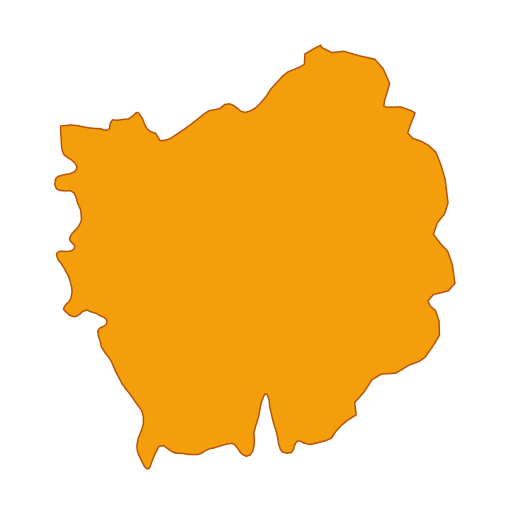 outline of Kastsyukovichy, Mogilev, Belarus, rotated 262°
{"feature_id": "67162791B14569635979911", "entity_name": "Kastsyukovichy", "entity_type": "district", "adm_level": 2, "iso_a3": "BLR", "parent_name": "Belarus", "parent_adm1": "Mogilev", "projection": "albers", "projection_center": [31.992, 53.27], "detail": "fine", "context": "isolated", "style": "filled", "palette": "amber", "viewbox_px": 512, "rotation_deg": 262, "n_neighbors": 0, "source": "geoboundaries", "source_scale": "gbopen_adm2", "svg_char_len": 3417}
<svg xmlns="http://www.w3.org/2000/svg" viewBox="0 0 512 512"><g transform="rotate(262 256 256)"><path d="M411.9,80.6L405.7,79.8L399.3,79.4L391.8,78.7L386.9,78.9L383.1,79.9L379.0,83.9L377.4,86.2L373.0,89.7L369.5,91.0L367.2,90.6L365.0,88.5L363.3,83.5L363.3,79.2L363.1,76.1L362.3,71.0L360.4,68.3L354.7,66.7L350.3,67.7L348.5,70.4L347.3,74.4L346.4,81.4L343.7,84.7L339.8,86.0L335.7,86.3L331.7,87.1L326.9,88.6L322.6,88.7L315.9,88.2L312.6,86.3L308.9,83.3L306.5,80.3L304.2,77.2L299.8,73.9L296.6,74.2L294.8,75.5L292.4,77.4L290.4,77.8L288.1,76.4L287.1,74.8L286.7,72.1L286.8,69.1L287.7,65.1L287.9,62.3L286.9,59.6L285.0,58.6L282.0,59.0L279.0,59.9L276.7,61.6L273.4,63.1L269.9,64.6L267.0,65.6L262.6,67.4L257.1,68.4L250.6,69.1L246.2,68.9L239.5,66.7L236.7,64.4L234.4,60.9L230.7,58.0L228.7,58.6L226.2,60.6L223.3,63.2L221.3,66.7L221.2,69.4L222.6,73.0L225.3,76.7L226.0,81.1L223.6,84.9L221.5,89.6L218.9,92.9L216.7,96.5L214.2,98.9L211.8,99.3L209.1,98.3L207.3,94.6L206.5,91.5L203.9,88.9L198.4,88.8L194.0,89.8L187.7,90.2L180.9,93.2L175.7,96.3L171.6,98.1L166.0,99.7L161.3,100.8L157.0,102.5L148.2,105.5L142.5,108.6L136.1,112.4L127.7,116.6L122.4,119.4L117.7,121.5L112.2,122.1L105.7,121.1L101.8,119.6L97.4,117.2L92.9,114.6L88.5,112.9L84.6,111.6L79.5,111.4L75.8,112.0L71.2,113.5L68.2,114.5L63.2,116.2L60.5,118.2L60.5,118.6L60.4,120.5L62.6,122.1L67.5,124.6L70.6,126.4L73.9,128.2L75.7,129.7L79.0,132.0L80.8,133.3L81.2,136.7L80.6,138.7L77.4,141.8L75.0,144.4L72.0,148.6L70.9,155.3L69.1,160.5L68.2,165.6L67.5,170.9L68.2,174.3L70.1,178.5L71.7,183.0L71.7,187.2L72.5,191.7L73.2,195.9L73.8,200.4L73.8,205.8L72.5,208.4L68.9,210.6L63.5,213.3L61.1,215.3L59.0,218.6L59.7,222.4L63.5,225.8L68.8,227.8L75.3,229.0L80.9,229.2L86.5,231.5L92.0,234.0L96.0,236.0L105.2,239.1L110.1,240.7L113.9,243.0L116.3,244.1L118.1,246.1L116.8,248.1L115.0,248.3L110.7,249.0L105.6,248.5L98.7,249.2L91.1,249.8L84.6,250.7L78.8,251.8L71.0,252.2L66.7,252.2L60.9,253.3L58.4,254.8L56.3,259.1L56.5,263.7L58.9,266.1L62.7,267.5L66.7,270.7L66.7,273.9L64.1,277.2L61.8,283.2L62.4,290.9L63.4,299.0L65.0,305.1L71.6,311.1L76.5,317.1L80.8,324.2L84.7,333.0L85.4,333.2L97.1,333.3L106.7,344.5L117.4,353.7L121.6,363.8L120.5,378.3L126.4,391.7L129.0,402.9L132.2,409.4L144.5,420.7L152.0,426.6L165.9,428.2L177.2,426.1L182.5,421.3L187.9,420.2L193.3,426.6L193.8,434.1L194.8,441.7L201.3,449.2L220.0,449.2L234.0,446.5L241.5,441.1L252.7,434.7L263.5,440.1L271.5,448.6L281.7,453.5L305.8,454.0L320.3,451.8L333.7,448.6L341.7,442.1L346.5,435.7L350.8,427.6L356.7,423.3L362.1,426.0L375.5,433.4L378.1,430.2L383.5,420.0L385.0,406.6L386.6,403.4L392.0,405.0L408.1,412.4L423.6,408.1L434.3,401.1L440.1,385.5L446.5,371.6L446.9,359.3L453.3,350.1L455.7,349.4L453.5,342.8L451.1,337.2L449.3,332.6L443.0,331.3L439.1,330.6L436.7,324.7L435.6,320.1L433.8,313.1L430.6,307.6L425.0,300.9L419.4,294.0L412.4,288.1L405.7,280.4L402.2,275.3L400.3,269.7L399.7,265.2L401.4,261.2L405.4,257.6L407.9,255.1L410.3,251.3L410.5,246.4L407.2,240.8L406.5,235.5L406.5,229.9L403.7,223.9L400.2,218.1L395.9,210.5L394.5,208.3L390.7,200.9L387.3,193.8L384.2,187.3L383.1,181.3L383.7,177.1L387.1,175.5L391.5,173.7L393.7,169.0L397.3,165.7L402.4,163.9L407.3,162.9L411.1,161.2L414.7,158.9L414.4,156.9L412.2,154.2L409.3,148.5L409.7,144.7L409.7,137.5L410.8,132.8L408.1,130.4L405.6,129.5L402.7,128.6L401.4,126.4L402.0,122.9L403.8,119.5L404.7,114.4L406.0,108.8L408.0,102.8L410.2,96.3L411.5,91.0L411.9,80.6Z" fill="#f59e0b" stroke="#b45309" stroke-width="1.5"/></g></svg>